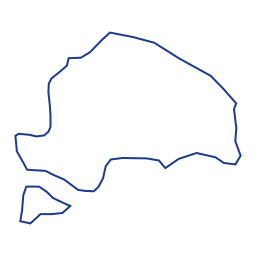 map outline of Sarajevo-romanija (orthographic projection)
{"feature_id": "BIH-4806", "entity_name": "Sarajevo-romanija", "entity_type": "state/province", "adm_level": 1, "iso_a3": "BIH", "parent_name": "Bosnia and Herzegovina", "parent_adm1": "", "projection": "orthographic", "projection_center": [18.669, 43.854], "detail": "fine", "context": "isolated", "style": "outline", "palette": "blue", "viewbox_px": 256, "rotation_deg": 0, "n_neighbors": 0, "source": "natural_earth", "source_scale": "10m", "svg_char_len": 916}
<svg xmlns="http://www.w3.org/2000/svg" viewBox="0 0 256 256"><path d="M71.4,58.1L80.9,57.7L90.1,52.1L101.5,40.3L110.0,32.6L132.3,36.9L154.2,42.7L179.4,58.6L210.8,75.9L223.4,88.9L236.2,103.4L234.0,109.2L236.3,128.1L235.3,141.2L240.6,155.7L235.4,164.4L223.9,163.0L215.5,157.3L196.5,153.0L178.7,158.9L165.3,168.1L159.0,160.5L146.8,158.4L122.3,158.0L110.8,159.5L105.7,166.2L103.1,178.0L98.6,186.7L93.8,191.3L84.1,190.8L77.9,189.8L77.0,189.1L64.1,179.5L53.4,174.9L45.3,170.8L34.1,170.2L27.1,169.7L23.8,163.5L16.8,151.2L16.1,143.0L15.4,135.8L18.7,133.8L29.4,134.8L36.4,136.4L44.2,135.4L48.3,131.8L50.5,127.2L50.5,115.9L49.8,105.1L48.4,92.3L48.8,83.6L51.4,78.5L59.1,72.3L66.9,65.7L68.7,58.2L71.4,58.1ZM20.3,221.2L22.1,210.2L23.3,195.3L26.3,186.6L34.1,186.6L39.3,186.7L46.7,191.8L53.0,198.0L61.5,202.1L70.3,206.0L62.4,213.0L52.3,214.1L40.5,214.1L30.4,223.4L20.3,221.2Z" fill="none" stroke="#1e3a8a" stroke-width="2"/></svg>